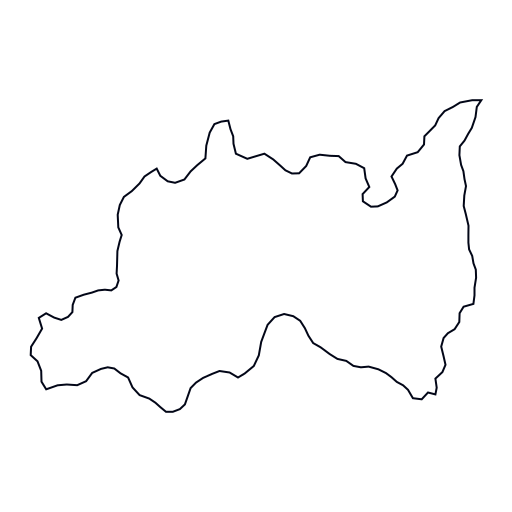 Conceição dos Ouros, Minas Gerais, Brazil
{"feature_id": "56859067B29427208772050", "entity_name": "Conceição dos Ouros", "entity_type": "district", "adm_level": 2, "iso_a3": "BRA", "parent_name": "Brazil", "parent_adm1": "Minas Gerais", "projection": "orthographic", "projection_center": [-45.772, -22.442], "detail": "fine", "context": "isolated", "style": "outline", "palette": "ink", "viewbox_px": 512, "rotation_deg": 0, "n_neighbors": 0, "source": "geoboundaries", "source_scale": "gbopen_adm2", "svg_char_len": 2371}
<svg xmlns="http://www.w3.org/2000/svg" viewBox="0 0 512 512"><path d="M481.3,100.2L472.2,100.2L460.1,102.5L453.0,106.9L444.6,111.1L438.6,118.1L435.2,125.4L428.9,131.8L424.4,136.3L424.0,144.5L417.7,152.2L407.0,155.6L402.6,163.8L396.8,168.6L391.5,176.5L395.2,184.2L397.6,190.4L394.8,196.6L386.8,202.4L377.8,206.4L371.0,206.7L362.9,201.3L362.6,194.1L369.3,187.0L365.6,178.4L364.2,168.2L355.9,163.8L345.5,162.1L338.7,156.1L330.0,155.8L319.7,154.7L310.2,157.3L306.2,166.0L299.1,173.3L292.0,173.5L285.4,170.3L280.7,166.0L273.2,159.4L264.4,153.7L257.3,155.8L247.3,158.8L235.9,153.7L233.5,143.8L233.2,136.3L230.5,129.2L228.3,120.6L221.2,121.6L214.4,124.1L209.7,132.6L206.3,145.6L205.4,158.4L197.2,165.2L190.6,171.4L184.4,179.5L175.1,182.8L167.7,181.3L160.3,175.8L156.7,168.6L151.3,171.9L144.5,176.5L139.5,183.5L131.8,191.1L123.9,196.9L119.8,205.0L117.7,214.7L118.3,227.4L121.7,235.0L119.6,241.7L117.4,251.0L117.0,266.1L116.6,273.6L118.6,280.5L116.4,287.0L111.3,290.4L104.9,289.7L98.2,290.4L91.9,292.6L83.8,294.7L75.4,297.7L72.7,304.9L72.4,312.1L68.0,316.9L61.3,319.9L54.2,317.6L46.1,313.3L38.8,317.9L42.1,328.6L36.5,338.3L31.1,346.7L30.7,355.1L37.5,361.3L41.2,370.8L41.5,381.7L46.2,389.3L57.6,385.3L66.7,384.5L77.2,385.2L86.1,381.2L92.2,372.9L101.0,368.9L107.7,367.3L114.3,368.5L120.5,373.3L128.1,377.5L132.5,387.4L139.6,395.1L149.3,398.6L155.4,402.7L160.2,407.0L166.0,411.8L172.8,411.8L179.9,409.1L184.9,404.4L187.6,396.7L190.6,388.1L196.0,382.6L203.1,377.9L212.1,373.9L219.5,371.0L229.6,372.5L238.0,377.5L244.7,373.5L253.8,366.0L258.8,355.4L261.2,341.9L264.4,333.3L267.6,324.8L274.6,317.1L284.1,314.0L293.3,316.2L300.2,320.8L304.9,328.2L308.4,335.7L313.2,343.1L320.6,347.3L329.6,354.0L337.4,358.9L346.3,360.9L353.4,365.9L360.9,367.3L368.6,366.6L378.4,369.3L386.0,373.1L391.5,377.2L396.8,381.9L403.1,385.3L408.0,389.8L412.9,398.2L421.7,399.3L428.0,392.5L435.4,394.4L436.7,387.7L435.4,378.6L442.4,372.1L445.5,364.8L443.6,356.4L441.2,346.6L443.6,338.0L447.9,333.2L454.6,329.2L459.3,322.0L459.6,313.2L463.6,306.7L473.4,303.9L474.5,295.4L474.5,287.7L476.1,277.7L475.8,269.6L473.5,263.4L472.2,255.9L469.1,249.4L468.4,242.7L468.4,235.1L468.5,225.7L465.8,214.1L463.7,206.0L464.3,195.5L466.0,186.1L464.5,179.1L463.4,171.2L461.1,164.9L459.4,155.2L459.8,146.4L464.5,140.6L468.2,133.8L471.8,127.9L475.5,117.1L476.8,106.9L481.3,100.2Z" fill="none" stroke="#020617" stroke-width="2"/></svg>